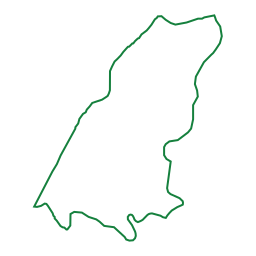 outline of Catarina, San Marcos, Guatemala
{"feature_id": "79465075B50413520272297", "entity_name": "Catarina", "entity_type": "district", "adm_level": 2, "iso_a3": "GTM", "parent_name": "Guatemala", "parent_adm1": "San Marcos", "projection": "robinson", "projection_center": [-92.07, 14.848], "detail": "fine", "context": "isolated", "style": "outline", "palette": "green", "viewbox_px": 256, "rotation_deg": 0, "n_neighbors": 0, "source": "geoboundaries", "source_scale": "gbopen_adm2", "svg_char_len": 1689}
<svg xmlns="http://www.w3.org/2000/svg" viewBox="0 0 256 256"><path d="M126.2,239.5L129.4,240.6L133.0,240.3L135.0,238.3L135.8,235.9L135.6,233.5L135.1,231.6L132.0,225.1L127.9,219.4L127.8,216.9L129.2,215.0L130.5,214.6L131.9,214.9L133.0,216.1L134.0,218.2L134.5,219.6L136.0,221.2L137.9,222.1L139.7,221.4L141.2,220.7L142.7,219.8L147.4,215.0L148.7,214.1L150.2,213.6L152.0,213.4L160.5,215.7L162.9,217.2L165.8,217.9L167.4,215.4L169.4,213.0L171.8,210.5L177.3,207.1L181.2,205.4L182.8,204.6L183.0,202.8L182.7,201.2L179.6,198.2L170.5,194.1L168.1,192.0L167.1,188.2L170.7,161.5L166.5,159.0L164.1,155.2L164.1,147.1L165.7,144.2L169.4,141.4L177.8,140.1L188.0,132.4L191.1,128.6L193.1,119.3L193.1,105.1L197.8,96.6L197.1,90.5L194.9,84.1L195.9,76.6L203.9,62.2L211.3,54.7L213.1,53.1L215.8,49.4L219.9,43.2L221.8,36.2L220.2,26.5L216.1,20.5L215.1,17.4L214.3,15.4L204.3,17.4L202.0,18.7L197.9,18.7L186.6,22.5L175.4,24.6L170.7,23.0L165.7,19.8L161.5,16.2L157.8,16.4L156.7,18.0L154.9,19.3L151.5,24.7L148.6,28.3L146.7,30.5L141.5,34.4L139.1,38.1L137.8,38.5L135.0,41.1L133.3,43.4L132.4,43.4L129.2,46.6L127.9,46.8L123.4,51.8L120.7,55.5L117.0,59.3L114.6,61.5L112.1,66.4L110.0,71.1L109.9,90.3L108.8,93.6L107.7,95.9L105.9,97.2L102.0,99.7L92.3,102.9L89.7,106.4L86.8,109.6L85.7,112.3L83.0,113.9L79.4,118.9L78.2,123.5L75.4,127.2L75.3,128.7L60.6,155.5L56.9,164.1L52.4,171.5L34.2,206.6L37.0,206.9L41.0,205.9L44.7,203.6L46.4,203.9L47.9,205.8L52.7,213.3L53.4,215.7L54.7,217.0L54.7,218.5L56.7,220.6L60.5,226.0L62.6,227.3L64.4,227.6L66.4,229.5L67.4,229.4L70.3,225.6L70.5,214.0L74.2,211.9L81.9,212.6L88.6,216.9L96.3,219.4L99.6,221.7L104.2,225.9L114.0,227.2L124.7,237.0L126.2,239.5Z" fill="none" stroke="#15803d" stroke-width="2"/></svg>